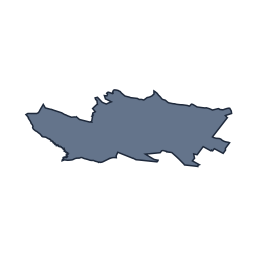 the district of Jērcēnu pag., Strencu, Latvia, rotated 20°
{"feature_id": "27541924B36272481510247", "entity_name": "Jērcēnu pag.", "entity_type": "district", "adm_level": 2, "iso_a3": "LVA", "parent_name": "Latvia", "parent_adm1": "Strencu", "projection": "natural_earth1", "projection_center": [25.654, 57.674], "detail": "fine", "context": "isolated", "style": "filled", "palette": "slate", "viewbox_px": 256, "rotation_deg": 20, "n_neighbors": 0, "source": "geoboundaries", "source_scale": "gbopen_adm2", "svg_char_len": 5196}
<svg xmlns="http://www.w3.org/2000/svg" viewBox="0 0 256 256"><g transform="rotate(20 128 128)"><path d="M139.7,84.3L140.7,87.0L140.7,87.5L140.0,88.6L139.5,89.7L137.8,91.4L136.7,92.2L135.6,92.8L133.3,96.3L130.9,96.5L128.6,97.4L126.7,97.0L120.5,98.5L119.4,98.6L119.0,98.5L114.3,99.0L113.1,98.6L110.4,97.6L109.3,97.1L108.2,96.4L107.6,96.4L105.8,96.1L103.7,96.4L102.3,96.8L102.0,97.0L101.5,97.5L101.4,97.8L101.3,99.7L101.7,100.0L101.9,100.1L102.1,100.3L102.1,100.5L101.9,100.9L101.1,101.0L97.5,101.0L97.0,101.2L96.9,101.3L96.6,101.6L96.3,102.1L96.1,102.7L97.2,103.1L97.2,105.0L94.7,105.6L96.9,108.4L98.6,108.5L103.4,109.1L101.3,111.0L99.4,112.9L96.3,112.8L95.3,112.7L95.0,112.7L88.8,109.6L86.8,110.9L87.4,111.8L88.1,112.4L89.4,112.8L91.1,116.1L90.9,116.1L88.9,120.1L88.5,121.0L88.1,121.8L91.7,123.9L89.8,126.0L90.1,127.0L90.1,127.7L90.8,127.8L90.0,129.3L90.8,129.5L91.6,134.3L91.2,134.6L91.7,134.9L90.0,135.5L79.5,136.6L75.8,135.2L75.8,135.3L73.5,136.1L71.3,137.2L67.0,137.2L65.6,137.0L63.6,137.0L60.5,136.4L52.4,136.7L50.6,136.7L49.6,136.7L49.0,136.9L43.4,137.4L40.3,134.8L39.8,137.7L39.6,138.6L39.1,141.5L39.0,142.5L38.6,144.2L37.3,145.6L29.2,148.5L28.8,148.7L27.5,150.3L30.8,152.1L30.7,152.5L31.5,153.3L33.2,154.5L35.0,156.0L35.0,156.4L35.4,156.7L36.1,157.2L36.9,157.5L38.2,159.1L38.2,160.2L38.7,160.7L39.5,161.4L42.0,162.3L43.7,162.5L45.7,163.2L47.5,163.7L48.5,164.4L49.4,164.6L49.9,165.3L51.0,165.4L53.9,164.7L56.8,165.3L57.2,165.1L57.9,165.4L58.2,165.2L58.4,165.3L58.6,165.5L59.1,165.4L59.6,165.8L59.9,165.9L60.2,166.1L60.3,166.3L60.2,166.5L60.3,166.5L60.6,166.4L61.0,166.3L61.3,166.4L61.4,166.2L61.5,166.2L61.9,166.3L61.9,166.5L62.1,166.6L62.2,166.9L62.4,166.9L62.6,167.1L62.9,167.1L62.9,167.3L63.2,167.3L63.2,167.5L63.6,167.6L64.0,167.6L63.9,167.7L64.0,167.8L64.2,167.7L64.4,167.9L64.5,167.7L64.7,168.0L64.8,168.1L65.0,168.4L65.5,168.3L65.6,168.5L66.0,168.5L65.9,168.4L66.0,168.3L65.9,168.2L66.1,168.2L66.3,168.3L66.4,168.5L66.6,168.4L66.9,168.4L67.1,168.3L67.1,168.5L67.2,168.4L67.4,168.5L67.2,168.5L67.4,168.7L67.6,168.5L67.8,168.5L67.9,168.3L68.3,168.3L68.4,168.1L68.6,168.2L68.8,168.6L68.9,168.9L69.1,168.9L69.3,168.9L69.7,169.1L69.8,169.1L69.9,168.9L70.2,168.6L70.5,168.4L70.9,168.4L71.0,168.4L71.4,168.7L71.7,168.6L71.9,169.1L72.2,169.1L72.6,169.0L72.8,169.1L73.2,169.1L73.4,169.0L73.5,169.1L73.6,169.3L73.9,169.3L74.0,169.5L73.9,169.5L74.0,169.8L74.3,170.0L74.5,170.0L75.0,170.1L75.5,170.0L75.5,169.9L75.7,170.2L75.8,170.4L76.4,170.6L76.4,170.9L76.4,171.0L76.3,171.4L76.2,171.4L76.1,171.5L77.0,171.7L77.8,172.0L78.1,171.8L78.2,172.0L78.3,171.9L78.5,171.9L78.8,172.0L79.3,172.1L79.5,171.9L79.8,172.1L79.7,172.3L80.0,172.3L79.9,172.4L79.5,172.5L79.9,172.8L79.6,172.9L79.6,173.0L79.8,173.3L79.7,173.4L79.8,173.5L80.2,173.5L80.4,173.6L80.3,173.8L79.9,173.8L79.4,174.3L79.6,174.5L79.3,174.7L79.4,174.8L80.4,175.5L80.7,175.6L80.5,175.8L80.3,175.8L80.2,175.7L79.9,175.9L79.9,176.2L79.7,176.4L79.7,176.5L79.9,176.6L80.3,176.6L80.0,177.0L79.8,177.0L79.6,176.8L79.0,176.6L78.8,176.6L78.7,176.6L78.6,176.8L78.7,177.1L78.6,177.3L78.1,177.4L77.8,177.6L77.4,177.6L77.2,177.9L77.2,178.0L77.5,178.1L77.4,178.3L77.8,178.4L77.7,178.6L77.7,178.8L77.9,179.2L77.7,179.4L77.5,179.8L77.2,180.2L77.2,180.4L77.3,180.4L77.2,180.9L77.3,181.3L78.4,180.3L79.2,179.7L82.3,179.0L84.3,178.1L86.3,177.1L87.1,176.5L88.4,175.1L88.9,174.7L90.1,173.9L92.8,172.8L93.7,171.9L94.8,171.5L95.7,171.6L97.6,171.7L98.0,171.6L101.2,171.3L103.0,171.3L103.8,171.2L104.7,171.0L106.6,170.3L107.1,170.3L108.0,170.4L108.9,170.4L110.7,170.2L111.4,170.2L112.1,170.4L112.3,170.1L112.8,169.8L113.6,169.7L113.7,169.8L115.0,169.1L115.8,168.5L120.5,163.6L120.5,163.4L121.0,162.9L121.2,163.0L121.7,162.5L122.9,161.6L123.9,161.0L125.4,160.4L127.2,159.9L126.4,158.2L126.7,154.3L143.0,154.8L143.3,154.6L143.6,154.7L146.0,155.0L146.3,155.1L149.2,154.3L166.8,149.9L166.8,149.7L166.7,149.7L166.9,149.5L167.2,149.0L167.3,148.8L167.3,148.4L167.3,148.0L165.0,148.4L163.0,148.6L155.4,147.1L153.3,146.6L166.7,140.2L167.4,137.9L168.6,137.2L172.4,136.8L172.5,137.2L176.4,136.3L177.6,136.1L183.1,138.3L186.4,139.7L193.1,142.9L193.7,143.4L205.1,140.6L206.8,140.3L206.6,139.6L206.7,138.9L207.6,138.1L199.8,136.9L200.9,133.5L200.4,133.0L198.6,129.9L202.1,129.5L205.0,119.8L213.8,121.1L214.1,120.2L215.3,120.5L216.2,117.9L226.1,119.3L227.2,115.5L226.5,113.7L228.5,107.1L227.4,107.1L224.4,107.6L222.3,107.6L221.9,107.6L221.5,107.4L220.4,107.3L219.5,106.8L217.6,106.6L217.3,106.7L215.7,107.1L214.9,107.4L213.7,107.6L212.1,107.7L210.4,107.5L217.8,84.4L217.7,84.4L215.2,83.0L220.4,78.9L219.2,76.7L216.9,74.7L216.0,74.8L215.8,75.0L215.5,75.2L214.6,75.6L212.8,77.0L212.2,77.4L212.0,77.7L210.8,78.5L207.8,79.2L207.5,79.2L207.2,78.9L206.7,78.8L206.2,78.9L201.3,82.2L197.8,82.0L194.8,82.2L193.3,82.9L192.0,83.2L185.8,84.6L181.0,83.7L180.6,83.7L179.6,83.8L179.3,84.1L178.8,85.4L178.5,86.0L178.4,86.3L178.1,86.5L176.5,86.5L176.1,86.5L175.8,86.6L175.2,86.7L171.5,87.5L169.3,88.2L165.6,89.1L163.6,89.3L161.8,89.8L159.0,90.2L157.6,90.4L157.3,90.4L155.9,90.0L154.6,89.5L154.2,89.3L153.5,89.1L152.2,89.2L150.9,89.3L150.6,89.3L150.3,89.2L149.3,88.8L148.3,88.1L146.6,87.2L145.7,86.9L143.4,85.4L140.9,84.6L139.7,84.3Z" fill="#64748b" stroke="#1e293b" stroke-width="1.5"/></g></svg>